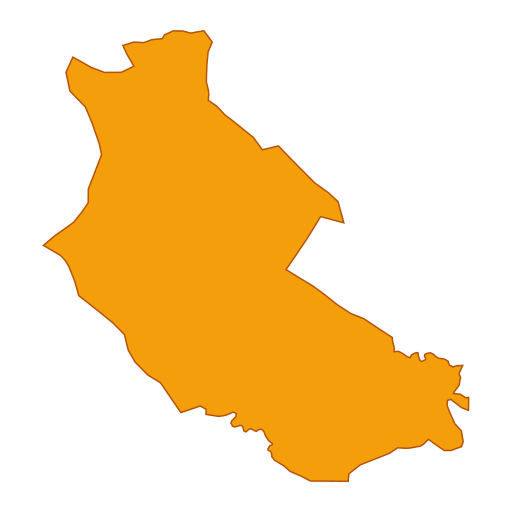 Warri South, Delta, Nigeria (Mercator projection)
{"feature_id": "59680162B21053239387442", "entity_name": "Warri South", "entity_type": "district", "adm_level": 2, "iso_a3": "NGA", "parent_name": "Nigeria", "parent_adm1": "Delta", "projection": "mercator", "projection_center": [5.662, 5.624], "detail": "fine", "context": "isolated", "style": "filled", "palette": "amber", "viewbox_px": 512, "rotation_deg": 0, "n_neighbors": 0, "source": "geoboundaries", "source_scale": "gbopen_adm2", "svg_char_len": 2423}
<svg xmlns="http://www.w3.org/2000/svg" viewBox="0 0 512 512"><path d="M122.9,45.5L127.0,54.4L133.9,66.2L121.3,72.3L104.4,72.4L91.4,67.5L72.9,57.1L66.0,72.3L69.9,91.0L85.4,107.0L92.2,123.3L96.0,134.3L99.3,143.8L101.6,154.5L95.5,170.5L88.3,189.0L88.2,202.7L82.1,211.7L73.7,222.3L54.1,236.3L43.4,245.4L60.6,255.5L65.4,260.7L68.9,266.6L74.5,280.6L78.8,295.7L85.7,301.1L87.0,302.1L98.1,310.9L112.7,322.7L124.4,334.5L128.3,350.3L135.2,362.2L147.8,375.0L160.5,382.8L180.9,412.6L200.3,406.0L206.2,409.4L206.0,414.4L218.7,416.4L225.3,415.4L232.9,412.3L234.9,412.6L236.3,413.8L235.8,416.7L231.9,420.7L230.9,423.0L232.5,426.1L234.8,427.0L240.2,425.4L241.5,425.5L242.8,426.8L243.9,430.9L245.9,431.9L249.0,429.2L250.8,428.6L254.6,430.8L256.5,431.3L258.1,429.9L261.4,429.1L263.9,431.5L265.5,435.8L268.4,440.4L272.5,443.8L272.2,444.8L269.7,445.8L267.9,448.9L268.2,450.3L270.5,451.3L271.6,453.7L271.8,456.6L274.5,460.2L283.7,465.7L290.1,471.4L300.6,475.9L310.4,481.0L348.2,481.3L348.9,473.7L360.1,465.0L360.9,464.6L389.4,453.3L397.7,447.8L406.2,448.3L410.2,448.0L416.8,446.8L420.4,446.1L423.4,444.3L428.4,439.3L435.4,444.4L444.2,450.5L450.8,450.5L461.4,446.7L463.2,441.8L461.4,430.8L454.8,423.8L450.0,412.8L447.1,405.5L447.5,400.4L450.8,399.4L461.5,407.6L468.5,410.4L468.6,402.8L468.6,397.4L466.5,397.7L465.5,397.7L460.2,394.2L453.5,393.5L453.7,392.6L455.1,390.6L456.9,388.2L459.1,385.2L459.6,382.5L460.0,379.7L460.5,378.3L460.4,376.8L459.1,374.2L459.1,373.3L462.7,365.4L456.3,365.8L453.9,366.7L452.8,367.4L452.1,366.3L449.5,365.3L449.3,364.4L448.4,363.3L448.5,361.5L444.8,359.2L438.4,358.1L435.3,356.2L433.7,354.4L430.4,352.8L427.7,353.2L424.8,354.4L424.4,356.1L425.6,358.3L425.5,359.7L421.7,361.5L420.0,360.5L418.4,356.2L418.2,353.1L417.4,352.6L414.8,353.1L411.6,354.8L410.2,357.6L407.3,356.8L403.4,353.9L398.4,351.3L394.0,351.7L394.3,348.4L393.7,345.5L392.6,341.6L392.3,337.5L378.3,328.4L363.7,318.6L357.3,316.1L351.1,313.7L337.5,304.9L323.9,294.1L313.2,286.2L298.6,277.4L286.0,269.6L295.6,255.6L307.1,238.6L316.2,223.8L320.6,216.6L343.8,222.8L338.0,201.6L328.3,192.7L314.7,182.9L302.0,170.1L290.3,158.3L278.4,145.9L262.4,149.8L253.4,137.5L232.1,120.3L224.9,114.9L216.8,106.2L208.3,100.4L208.8,94.2L208.5,90.9L206.3,81.6L206.9,64.8L208.1,51.9L212.2,42.1L203.9,30.7L190.7,33.1L182.8,31.0L173.0,30.9L168.3,33.2L164.6,34.8L162.3,38.6L151.8,39.7L143.8,42.6L133.7,42.1L122.9,45.5Z" fill="#f59e0b" stroke="#b45309" stroke-width="1.5"/></svg>